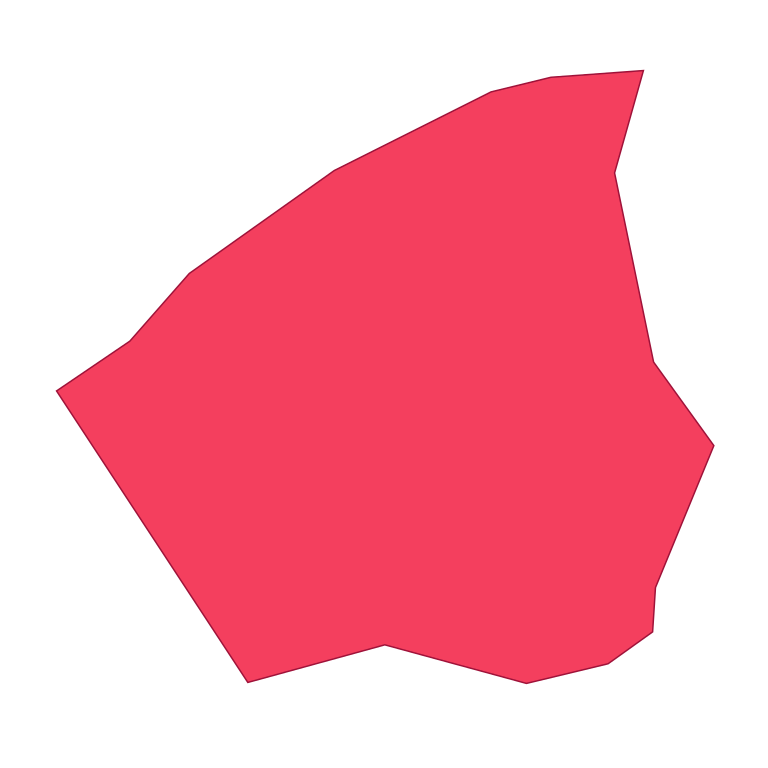 the border of Velika Polana, rotated 178°
{"feature_id": "SVN-270", "entity_name": "Velika Polana", "entity_type": "Municipality", "adm_level": 1, "iso_a3": "SVN", "parent_name": "Slovenia", "parent_adm1": "", "projection": "orthographic", "projection_center": [16.356, 46.579], "detail": "fine", "context": "isolated", "style": "filled", "palette": "rose", "viewbox_px": 768, "rotation_deg": 178, "n_neighbors": 0, "source": "natural_earth", "source_scale": "10m", "svg_char_len": 370}
<svg xmlns="http://www.w3.org/2000/svg" viewBox="0 0 768 768"><g transform="rotate(178 384 384)"><path d="M530.5,90.5L711.5,388.5L636.5,435.7L574.7,501.3L426.2,599.1L266.8,672.2L206.5,684.7L113.8,688.2L146.2,586.9L113.8,396.5L56.5,310.9L119.8,171.1L124.2,126.9L169.8,96.6L252.1,79.8L392.3,123.3L530.5,90.5Z" fill="#f43f5e" stroke="#9f1239" stroke-width="1.5"/></g></svg>